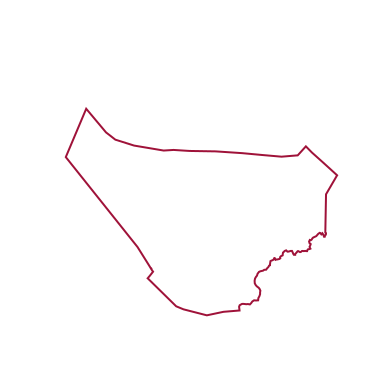 San Miguel Tilquiápam, Oaxaca, Mexico, rotated 305°
{"feature_id": "50627088B17922622757176", "entity_name": "San Miguel Tilquiápam", "entity_type": "district", "adm_level": 2, "iso_a3": "MEX", "parent_name": "Mexico", "parent_adm1": "Oaxaca", "projection": "mercator", "projection_center": [-96.563, 16.786], "detail": "fine", "context": "isolated", "style": "outline", "palette": "rose", "viewbox_px": 384, "rotation_deg": 305, "n_neighbors": 0, "source": "geoboundaries", "source_scale": "gbopen_adm2", "svg_char_len": 2013}
<svg xmlns="http://www.w3.org/2000/svg" viewBox="0 0 384 384"><g transform="rotate(305 192 192)"><path d="M111.9,286.5L122.2,298.9L125.0,296.4L126.6,296.0L128.9,297.1L129.6,297.9L130.4,299.3L131.2,300.8L132.3,302.1L133.1,303.9L134.8,304.2L136.9,304.2L138.9,305.0L139.8,306.6L141.2,308.3L143.2,307.2L145.2,307.0L147.3,306.4L148.9,305.3L150.4,304.6L151.3,303.1L151.8,301.6L151.9,299.2L152.3,297.6L153.2,295.8L155.2,294.2L157.2,293.3L159.0,293.1L160.8,293.2L162.6,292.6L165.0,292.7L166.3,293.5L168.3,295.3L169.7,295.8L170.9,297.3L172.6,297.3L174.3,297.6L175.9,297.4L176.7,297.9L177.6,297.3L180.4,295.9L181.0,296.2L182.5,297.2L183.0,297.4L183.5,297.5L184.1,297.5L185.0,297.3L185.3,297.6L185.0,298.3L184.4,299.0L184.3,299.3L185.2,299.9L185.8,300.7L187.4,302.1L188.4,302.3L188.7,301.8L189.5,301.5L190.3,301.6L192.1,302.6L193.1,302.0L194.6,301.3L195.8,301.6L196.8,301.7L198.2,302.6L197.9,304.4L198.5,305.2L200.3,306.6L201.1,307.7L199.3,310.7L199.0,311.5L199.7,312.5L200.2,312.1L201.7,312.3L204.1,312.5L204.5,312.9L204.7,314.9L205.0,315.3L205.7,315.7L206.7,315.9L207.3,316.6L207.7,317.5L208.3,318.1L208.8,318.7L209.0,319.3L209.6,320.2L210.8,319.8L211.6,319.9L212.8,321.1L213.5,321.5L214.1,320.3L214.6,319.7L215.7,319.6L217.4,319.1L217.4,317.8L218.6,316.3L220.3,316.0L220.5,316.9L221.6,317.3L223.1,317.2L224.2,317.4L227.1,319.1L230.0,319.4L231.8,320.0L232.0,320.6L231.5,322.2L233.0,322.4L232.6,323.5L231.1,325.9L231.6,326.4L232.8,325.7L233.6,326.1L234.5,325.8L235.2,325.3L235.2,324.5L267.0,303.1L288.7,301.3L288.9,301.3L290.8,286.7L292.5,272.8L293.1,267.7L294.7,259.1L282.7,257.6L282.2,257.1L282.1,256.9L272.3,245.1L262.7,228.5L252.6,210.8L238.8,188.0L225.2,167.9L223.7,165.6L215.9,152.8L209.7,145.0L196.8,117.9L190.9,99.2L191.5,87.4L199.5,57.6L148.2,68.6L115.7,178.9L107.2,199.0L105.7,202.4L106.0,202.5L105.9,202.8L105.4,203.2L104.9,204.3L104.4,205.8L99.2,205.5L98.1,205.4L97.4,205.3L96.4,205.3L95.9,205.2L89.3,244.6L91.0,252.3L98.7,272.8L99.5,274.9L111.9,286.5Z" fill="none" stroke="#9f1239" stroke-width="2"/></g></svg>